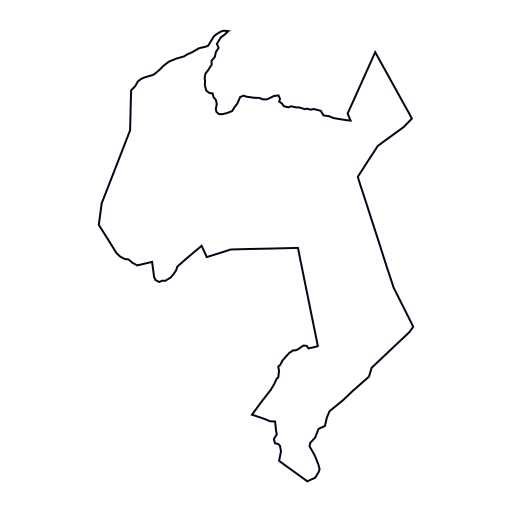 Pesqueira, Pernambuco, Brazil (Natural Earth projection)
{"feature_id": "56859067B17199071441830", "entity_name": "Pesqueira", "entity_type": "district", "adm_level": 2, "iso_a3": "BRA", "parent_name": "Brazil", "parent_adm1": "Pernambuco", "projection": "natural_earth1", "projection_center": [-36.75, -8.43], "detail": "fine", "context": "isolated", "style": "outline", "palette": "ink", "viewbox_px": 512, "rotation_deg": 0, "n_neighbors": 0, "source": "geoboundaries", "source_scale": "gbopen_adm2", "svg_char_len": 2454}
<svg xmlns="http://www.w3.org/2000/svg" viewBox="0 0 512 512"><path d="M131.1,90.4L130.1,130.3L118.1,161.2L104.6,195.9L101.7,203.2L98.8,224.9L109.5,241.8L116.4,253.0L120.3,256.7L124.7,259.0L128.5,259.4L132.2,262.6L137.2,265.4L152.1,261.9L154.1,277.0L155.5,280.0L159.1,282.0L162.6,280.6L165.1,280.9L170.7,277.5L173.9,273.7L176.2,270.1L177.4,266.5L187.0,258.1L193.5,252.6L201.6,245.8L204.8,252.7L206.7,257.1L223.0,252.0L230.7,249.5L244.7,249.1L268.9,248.6L281.5,248.3L297.9,247.9L298.6,251.0L299.4,255.2L315.1,332.6L316.3,338.3L317.8,346.1L314.4,347.1L308.6,348.4L306.5,345.8L303.3,345.6L298.3,349.1L295.8,350.3L293.3,350.3L289.4,352.8L286.2,356.2L284.1,358.7L282.4,360.6L280.4,364.7L278.3,366.5L279.0,371.2L278.3,377.2L276.6,378.9L274.4,383.7L270.8,389.8L261.0,402.4L252.0,414.7L255.3,415.8L264.2,418.8L270.1,421.3L275.1,421.5L276.1,431.2L276.8,434.3L273.9,439.0L275.0,443.3L278.3,444.0L280.0,445.9L281.0,451.3L279.1,460.9L307.3,481.3L315.2,477.7L318.4,472.5L319.6,469.4L318.5,464.9L316.4,459.5L314.4,454.7L309.5,446.3L310.3,442.8L315.2,437.5L318.5,428.9L324.9,426.0L326.9,417.4L329.6,411.1L342.9,400.3L352.0,391.6L369.0,376.6L371.6,367.8L409.5,332.0L413.2,326.8L408.9,318.0L393.7,287.8L388.0,270.5L386.5,266.1L379.7,244.7L371.9,220.6L365.5,200.7L363.6,195.0L359.7,183.1L357.8,176.8L370.7,156.8L373.5,152.6L377.7,146.0L386.5,139.5L403.5,127.2L411.9,118.6L408.7,112.6L403.4,103.2L398.7,94.6L375.2,52.2L358.1,90.3L353.8,99.9L347.6,113.5L350.6,120.6L345.9,120.1L335.4,118.4L332.8,117.8L329.0,116.2L323.5,115.4L320.8,110.9L317.4,109.9L313.7,109.0L310.7,109.7L307.2,108.7L304.7,109.1L299.2,107.4L296.3,107.4L291.0,106.3L288.5,107.4L283.9,106.2L281.8,103.4L279.2,101.6L280.0,98.8L278.5,95.4L273.9,96.0L270.4,97.8L266.7,99.4L262.6,99.3L259.4,97.9L254.2,97.8L246.0,96.6L243.7,95.6L240.1,97.1L238.9,100.1L237.2,103.8L234.5,107.2L232.1,111.1L226.6,113.2L222.7,114.1L218.9,114.1L216.4,111.8L215.8,109.0L216.8,104.0L215.9,100.0L213.5,97.1L212.6,93.4L209.4,93.0L206.3,90.6L204.8,84.9L205.1,80.9L204.7,78.0L205.4,73.7L208.7,69.4L210.1,66.9L211.6,64.9L211.6,60.6L214.8,57.0L215.9,52.0L218.6,47.9L216.9,43.8L219.6,39.4L221.1,37.1L223.8,35.3L228.4,31.1L226.0,30.9L223.6,30.7L220.6,31.7L215.9,34.6L213.9,36.3L208.1,45.8L204.7,47.0L201.5,47.6L198.9,48.3L191.8,52.4L187.4,54.3L183.8,56.5L176.3,58.6L168.8,61.7L163.2,66.0L160.5,68.9L154.6,74.0L152.3,75.2L148.9,76.1L144.9,77.3L141.2,78.9L137.8,81.5L135.4,85.9L131.1,90.4Z" fill="none" stroke="#020617" stroke-width="2"/></svg>